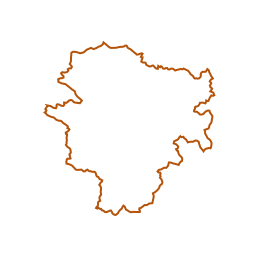 outline of Lipis, Pahang, Malaysia, rotated 294°
{"feature_id": "92858781B59638700004022", "entity_name": "Lipis", "entity_type": "district", "adm_level": 2, "iso_a3": "MYS", "parent_name": "Malaysia", "parent_adm1": "Pahang", "projection": "albers", "projection_center": [101.906, 4.344], "detail": "fine", "context": "isolated", "style": "outline", "palette": "amber", "viewbox_px": 256, "rotation_deg": 294, "n_neighbors": 0, "source": "geoboundaries", "source_scale": "gbopen_adm2", "svg_char_len": 5645}
<svg xmlns="http://www.w3.org/2000/svg" viewBox="0 0 256 256"><g transform="rotate(294 128 128)"><path d="M70.5,86.2L71.0,89.5L71.0,91.6L70.6,93.2L70.0,94.2L69.6,95.6L68.9,96.6L68.9,98.4L70.2,100.8L71.0,102.3L70.7,103.7L70.3,105.2L71.1,106.5L72.6,107.1L73.5,107.9L72.9,109.3L72.9,110.7L73.4,111.7L73.4,112.6L73.5,113.4L74.3,114.9L74.2,116.1L73.4,117.1L72.2,118.0L71.1,119.2L71.2,120.7L69.8,122.8L69.9,124.4L69.7,125.8L68.2,125.9L67.1,125.3L64.4,124.9L64.0,125.9L62.6,127.6L61.5,128.1L60.2,128.5L58.6,129.0L57.3,129.8L56.0,130.6L54.1,130.1L52.7,130.2L51.4,131.1L50.2,132.2L49.3,131.4L47.9,130.9L46.0,131.7L44.4,132.1L42.9,131.4L41.9,131.4L41.9,132.8L43.0,133.6L42.9,134.4L42.7,135.1L43.0,135.9L43.2,136.3L42.6,137.1L42.2,137.8L42.5,138.5L42.5,139.3L41.9,140.9L42.1,142.1L43.9,144.1L45.0,144.8L45.7,146.1L44.8,147.3L43.6,148.6L43.2,150.9L43.6,152.2L45.9,153.4L48.0,153.6L50.0,154.2L51.8,155.1L53.6,155.1L55.2,155.4L55.0,156.7L53.8,158.1L52.7,159.2L52.5,161.2L52.2,162.9L52.2,164.9L53.4,166.7L56.0,172.9L57.2,172.6L58.3,171.3L59.3,171.1L60.4,172.4L63.8,174.2L64.5,174.6L64.8,175.8L65.8,177.0L67.8,178.2L68.4,179.5L69.2,180.8L74.5,179.7L75.8,179.4L76.8,178.9L77.6,178.0L78.5,177.3L79.8,178.4L81.3,179.3L82.9,180.0L85.1,180.7L86.7,180.8L87.9,180.5L89.4,181.0L90.9,181.8L92.3,181.6L94.1,180.1L95.0,178.8L95.6,177.4L97.1,177.4L97.8,176.6L99.7,176.3L100.3,175.4L99.8,173.9L100.3,172.7L102.3,173.2L103.7,175.2L104.7,175.8L106.5,177.3L107.1,179.1L108.7,179.7L110.4,179.9L111.5,179.7L112.5,179.4L113.2,179.4L113.8,180.9L113.9,183.0L114.4,185.6L114.9,189.3L116.6,189.3L118.7,189.8L119.7,190.7L121.4,190.3L122.7,189.5L123.5,188.0L123.9,186.5L124.8,185.1L125.9,184.0L127.3,183.0L127.3,181.8L128.2,180.5L129.4,181.7L131.1,181.6L131.9,180.7L132.7,178.6L132.6,177.3L132.5,176.0L134.7,175.6L136.1,176.8L137.3,178.0L139.1,178.6L140.3,178.6L141.8,179.2L141.3,180.5L142.5,182.2L141.5,183.5L141.2,185.6L140.2,187.1L139.2,188.5L140.3,189.7L141.1,191.2L141.8,192.9L143.3,194.0L144.1,194.9L144.5,196.3L144.1,198.3L142.6,199.3L141.5,200.4L140.0,201.7L139.1,203.2L138.2,205.1L137.4,206.5L138.6,206.6L140.2,207.2L141.3,208.3L142.7,210.1L143.0,211.6L144.3,211.6L146.5,211.1L148.3,210.4L149.6,209.1L150.7,207.1L151.1,204.9L152.8,202.8L153.3,202.0L154.3,200.8L155.7,200.0L157.4,198.7L159.0,200.4L160.1,201.6L161.5,201.9L162.8,201.4L163.8,201.4L164.9,201.4L166.3,201.9L167.8,201.8L169.7,201.2L171.7,200.8L173.1,200.3L174.2,198.7L175.5,196.5L176.9,195.5L176.6,194.1L175.3,192.7L173.7,191.9L172.6,191.4L171.5,191.2L170.3,189.8L169.6,188.4L169.8,187.6L170.4,186.5L170.5,185.5L170.9,184.5L170.6,183.6L170.1,182.5L170.1,181.5L171.4,181.1L172.2,181.4L173.4,181.2L174.2,180.7L175.1,181.2L175.6,182.1L176.8,183.2L178.7,183.6L180.3,183.5L181.5,185.8L181.7,186.7L182.0,188.7L183.7,188.7L184.9,188.3L184.8,189.5L185.4,190.4L186.8,190.5L188.2,190.4L189.3,190.4L190.3,190.7L191.7,190.9L191.8,191.8L192.2,192.9L193.1,193.5L193.8,192.7L194.8,191.9L195.1,190.9L195.0,189.7L194.9,188.3L195.9,188.5L198.0,188.9L198.6,188.0L198.7,186.8L200.0,185.6L200.4,185.7L202.9,185.8L203.4,184.7L203.9,183.7L205.8,184.0L207.7,185.4L209.1,183.2L209.3,182.7L210.8,181.2L212.0,179.6L213.6,178.3L214.1,176.5L212.7,176.4L211.0,176.1L210.4,174.9L209.7,173.3L208.4,172.5L206.6,172.5L205.3,173.4L203.9,173.4L202.2,172.7L201.4,171.5L201.2,170.1L200.4,169.1L200.7,167.8L201.7,166.6L202.2,165.3L202.6,163.2L203.3,162.4L204.1,161.0L204.8,159.5L204.8,158.0L204.9,154.6L203.8,154.0L203.4,152.2L202.3,150.8L200.7,148.7L199.7,147.7L200.3,145.7L200.2,144.1L199.6,143.0L198.4,142.2L197.9,140.8L198.7,139.4L198.1,138.1L197.0,137.4L196.6,135.7L197.7,134.0L197.8,132.9L196.6,132.6L196.6,131.9L197.0,130.4L195.3,130.8L194.2,131.2L193.8,129.9L194.0,128.5L194.8,127.0L195.3,125.4L194.3,124.2L193.3,123.5L193.0,122.5L193.0,120.4L193.2,118.9L194.7,117.6L194.6,116.6L193.9,115.2L194.0,113.2L196.0,112.8L197.1,112.9L198.3,112.6L198.0,112.1L198.1,110.9L200.1,111.0L201.8,111.0L201.7,109.9L200.8,108.9L199.4,107.6L198.6,106.0L199.3,104.5L199.4,103.5L200.1,101.2L200.5,99.8L201.0,98.0L201.0,96.2L201.3,94.8L202.4,93.8L202.6,92.8L201.9,91.7L200.7,91.0L199.9,89.9L198.8,87.6L196.5,84.6L194.3,80.1L194.1,78.8L194.4,77.0L195.2,74.6L196.2,70.8L194.4,71.0L191.7,69.7L190.4,68.1L188.1,66.5L186.1,64.5L186.1,61.6L182.9,58.6L178.9,56.6L176.8,53.8L176.6,51.6L176.1,48.6L175.0,46.4L173.6,45.7L171.8,46.4L169.1,47.3L166.6,48.4L164.8,48.9L162.8,48.7L162.1,50.2L161.2,51.8L159.4,51.8L158.5,50.0L157.2,49.1L156.2,50.2L154.4,49.6L152.9,47.7L152.2,45.2L150.8,44.6L149.7,46.2L149.2,47.9L147.9,48.6L146.7,47.5L146.0,46.1L144.2,44.4L141.8,45.7L141.8,49.3L142.4,51.8L142.6,53.4L142.0,55.6L140.9,59.7L140.4,61.3L140.2,62.9L139.9,64.5L138.8,65.4L137.4,66.5L136.3,68.6L135.7,70.1L135.2,72.2L134.3,74.7L131.1,74.0L130.7,72.8L130.0,70.3L129.5,68.1L130.5,66.0L130.4,64.5L129.1,62.9L127.5,62.4L125.9,61.5L125.3,59.3L124.6,59.5L123.4,60.4L121.9,60.0L121.2,58.1L121.4,55.7L121.0,53.8L119.8,53.4L118.4,54.1L116.7,54.1L116.2,52.0L116.2,50.5L116.6,48.4L115.8,45.1L115.5,45.8L114.2,45.2L111.6,44.8L111.4,45.0L111.0,46.3L109.5,46.3L108.3,45.6L108.0,47.0L107.1,48.6L106.9,50.3L107.0,54.1L107.5,55.6L107.2,56.8L106.7,58.0L106.4,58.9L106.4,60.3L106.5,61.9L107.2,63.4L107.0,65.1L106.2,66.5L106.0,68.2L105.7,69.9L105.4,70.9L105.2,72.1L104.2,72.8L103.3,72.7L103.2,74.3L102.8,75.1L100.8,74.6L98.5,73.0L97.4,73.7L97.7,74.5L96.8,75.3L95.4,75.5L93.8,76.0L91.7,77.3L90.4,77.4L89.4,78.0L88.2,78.3L87.4,78.1L86.9,78.8L86.5,79.7L86.0,80.7L85.7,83.0L85.1,84.0L84.1,84.7L82.4,85.7L81.5,85.7L80.4,85.2L79.5,85.5L79.0,86.3L77.7,87.0L76.8,87.9L76.2,87.2L75.8,86.3L75.5,85.4L74.4,84.8L73.7,85.1L72.7,85.3L71.9,85.4L71.3,85.9L70.5,86.2Z" fill="none" stroke="#b45309" stroke-width="2"/></g></svg>